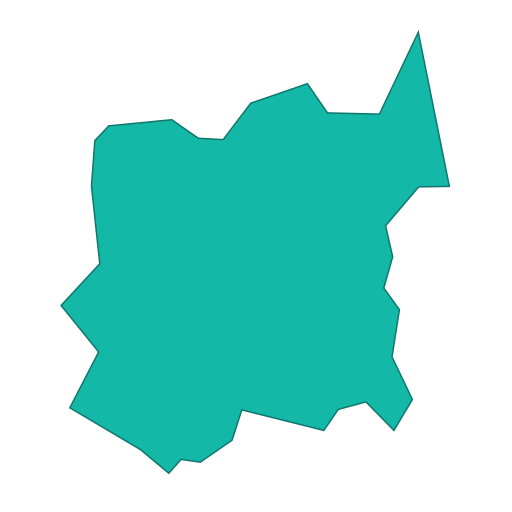 the District of Newtownabbey, rotated 85°
{"feature_id": "GBR-2097", "entity_name": "Newtownabbey", "entity_type": "District", "adm_level": 1, "iso_a3": "GBR", "parent_name": "United Kingdom", "parent_adm1": "", "projection": "robinson", "projection_center": [-5.964, 54.723], "detail": "fine", "context": "isolated", "style": "filled", "palette": "teal", "viewbox_px": 512, "rotation_deg": 85, "n_neighbors": 0, "source": "natural_earth", "source_scale": "10m", "svg_char_len": 585}
<svg xmlns="http://www.w3.org/2000/svg" viewBox="0 0 512 512"><g transform="rotate(85 256 256)"><path d="M464.8,361.8L438.8,388.0L391.0,454.7L337.9,421.1L288.3,454.5L250.1,412.3L172.0,413.8L127.0,406.5L113.5,391.3L112.9,328.0L133.7,303.2L137.2,278.6L103.3,247.9L88.8,189.8L119.7,172.3L125.4,120.7L47.2,74.8L203.5,57.3L201.3,87.9L237.2,124.3L268.7,119.9L299.0,131.5L322.0,117.8L368.3,129.3L412.6,112.7L441.8,133.8L410.9,159.2L416.0,187.5L435.7,203.6L408.1,283.6L437.4,295.9L456.5,329.5L452.1,348.4L463.3,360.2L464.8,361.8Z" fill="#14b8a6" stroke="#0f766e" stroke-width="1.5"/></g></svg>